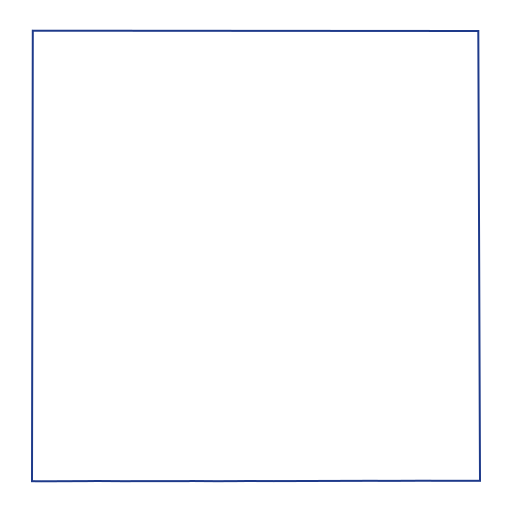 outline of Franklin, Nebraska, United States of America
{"feature_id": "52423323B81313080696074", "entity_name": "Franklin", "entity_type": "district", "adm_level": 2, "iso_a3": "USA", "parent_name": "United States of America", "parent_adm1": "Nebraska", "projection": "albers", "projection_center": [-98.97, 40.176], "detail": "fine", "context": "isolated", "style": "outline", "palette": "blue", "viewbox_px": 512, "rotation_deg": 0, "n_neighbors": 0, "source": "geoboundaries", "source_scale": "gbopen_adm2", "svg_char_len": 372}
<svg xmlns="http://www.w3.org/2000/svg" viewBox="0 0 512 512"><path d="M480.0,480.8L478.3,31.0L32.8,30.7L32.0,481.2L41.2,481.3L87.5,481.1L96.9,481.0L124.5,481.2L142.9,481.1L189.1,481.1L190.7,481.0L217.0,481.2L236.7,481.1L237.2,481.1L247.8,481.0L273.8,481.1L373.1,480.8L386.8,480.9L429.7,480.7L432.0,480.8L480.0,480.8Z" fill="none" stroke="#1e3a8a" stroke-width="2"/></svg>